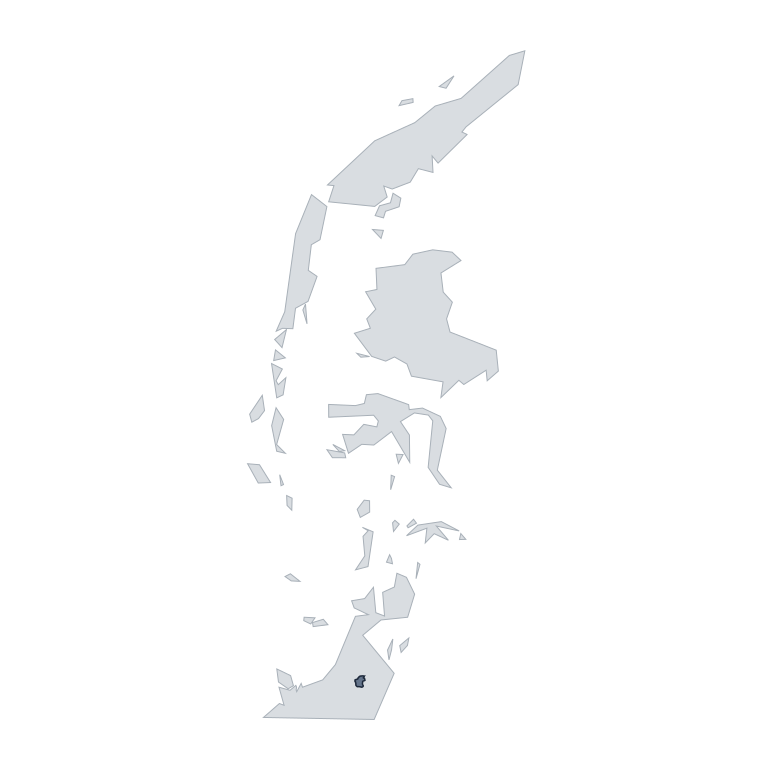 Tolikara, Papua, Indonesia shown in context, rotated 91°
{"feature_id": "22746128B10432975654062", "entity_name": "Tolikara", "entity_type": "district", "adm_level": 2, "iso_a3": "IDN", "parent_name": "Indonesia", "parent_adm1": "Papua", "projection": "natural_earth1", "projection_center": [138.342, -3.489], "detail": "fine", "context": "in_parent", "style": "filled", "palette": "slate", "viewbox_px": 768, "rotation_deg": 91, "n_neighbors": 0, "source": "geoboundaries", "source_scale": "gbopen_adm2", "svg_char_len": 5538}
<svg xmlns="http://www.w3.org/2000/svg" viewBox="0 0 768 768"><g transform="rotate(91 384 384)"><path d="M259.2,309.2L272.0,329.0L291.1,326.4L301.0,317.1L317.8,322.6L330.9,318.9L348.2,272.4L369.1,269.9L379.0,280.9L368.4,282.1L383.1,304.2L379.0,309.2L396.6,326.9L380.8,325.0L375.7,356.7L363.6,361.4L356.8,374.0L361.1,382.7L356.6,396.8L333.8,414.5L328.5,398.6L319.2,402.4L309.3,393.5L292.1,404.0L289.6,392.7L268.5,394.0L264.3,365.3L253.7,357.4L249.0,337.6L251.0,318.2L259.2,309.2ZM48.4,249.0L82.3,255.1L125.4,306.4L130.7,310.5L133.1,305.3L162.2,333.8L155.1,339.9L171.6,338.7L168.1,353.4L181.7,361.3L188.9,379.2L186.1,387.7L197.0,384.1L206.6,396.4L202.8,442.5L186.5,437.5L186.0,444.0L141.0,397.5L122.1,357.7L105.2,337.7L97.1,311.9L53.3,264.4L48.4,249.0ZM719.6,388.0L719.5,498.7L705.3,483.0L707.0,478.3L689.0,483.7L691.9,472.6L686.9,466.9L688.6,466.1L691.5,466.5L693.2,465.9L684.8,461.6L688.6,460.2L680.9,440.1L665.4,427.7L616.8,408.5L614.9,395.6L608.4,409.9L601.3,412.6L598.9,399.6L587.4,391.0L612.8,388.2L616.0,379.4L592.3,381.7L586.8,370.1L573.0,367.8L576.9,358.2L593.6,349.7L616.8,356.3L620.0,382.9L635.6,400.9L673.1,368.8L719.6,388.0ZM483.3,326.7L466.6,338.4L420.0,334.6L414.3,339.1L412.4,353.1L421.3,366.9L434.6,357.7L461.9,356.9L431.4,375.6L445.2,393.1L444.7,405.2L453.9,418.3L435.1,424.5L435.4,413.2L424.7,403.5L427.0,390.4L421.1,389.0L415.4,393.8L418.2,438.7L405.4,439.0L406.1,412.2L403.8,403.3L395.0,401.4L393.7,389.9L404.2,359.0L409.2,358.3L407.4,345.1L415.4,327.1L427.4,321.1L469.2,329.2L486.6,315.0L483.3,326.7ZM207.6,444.2L240.8,450.5L246.0,459.1L271.7,461.7L277.6,452.8L302.7,461.4L309.8,473.8L330.3,476.1L330.1,486.5L333.1,492.7L313.5,484.5L235.2,475.0L195.9,459.8L207.6,444.2ZM525.1,329.2L539.1,316.9L532.8,331.2L542.2,340.0L527.4,338.6L535.3,358.8L524.5,347.7L520.6,324.3L529.6,306.3L525.1,329.2ZM532.0,392.3L566.8,396.8L570.3,409.2L556.2,400.2L536.7,402.3L531.0,397.3L527.7,403.1L532.0,392.3ZM453.1,490.1L427.6,495.6L409.6,491.5L421.2,483.7L446.4,490.3L455.0,481.4L453.1,490.1ZM379.4,482.2L396.6,484.7L399.7,491.0L365.5,496.8L370.8,485.9L382.7,492.0L386.5,489.7L379.4,482.2ZM484.5,495.7L485.2,508.0L466.1,519.0L466.9,507.1L484.5,495.7ZM206.5,372.0L211.3,385.5L217.9,387.4L215.8,395.8L205.9,391.6L202.7,380.7L193.1,378.3L197.9,370.4L206.5,372.0ZM683.8,484.3L670.8,486.2L677.2,472.3L687.2,469.3L690.4,474.5L683.8,484.3ZM412.7,503.0L420.8,508.9L424.5,515.5L416.5,517.8L397.4,505.5L412.7,503.0ZM512.3,396.1L517.8,405.4L509.8,408.6L500.5,401.8L501.0,396.4L512.3,396.1ZM331.3,482.5L349.4,486.6L341.4,494.1L331.3,482.5ZM359.6,483.1L362.5,494.7L351.8,493.1L359.6,483.1ZM238.5,389.5L229.7,398.2L230.4,387.3L238.5,389.5ZM625.6,435.9L627.8,450.6L623.8,451.3L620.3,440.6L625.6,435.9ZM325.2,462.0L311.4,466.4L305.5,463.9L325.2,462.0ZM458.4,421.0L458.6,434.3L450.7,439.9L453.6,422.1L458.4,421.0ZM74.7,319.4L87.2,327.1L85.6,334.0L74.7,319.4ZM105.4,373.8L100.4,371.0L98.2,360.1L101.9,359.8L105.4,373.8ZM578.2,479.6L575.4,474.3L582.8,464.6L582.5,473.3L578.2,479.6ZM563.7,344.9L578.1,348.6L561.9,347.2L563.7,344.9ZM476.4,371.8L489.6,375.5L475.1,375.2L476.4,371.8ZM452.3,427.5L445.3,434.1L451.4,422.1L452.3,427.5ZM637.5,354.7L645.0,356.0L652.1,362.2L645.3,363.7L637.5,354.7ZM511.8,474.0L507.1,478.8L497.2,479.4L499.8,473.9L511.8,474.0ZM625.2,453.1L622.0,460.1L618.6,459.8L619.0,448.9L625.2,453.1ZM531.3,371.9L522.6,373.0L520.1,370.7L523.8,366.3L531.3,371.9ZM638.8,370.7L649.5,371.8L659.7,374.2L649.9,375.8L638.8,370.7ZM454.2,363.7L463.1,368.2L454.0,370.6L454.2,363.7ZM538.2,305.8L532.2,304.6L537.9,299.5L538.2,305.8ZM476.5,486.7L486.3,482.7L487.5,485.2L476.5,486.7ZM563.6,372.4L562.1,378.4L554.6,375.4L558.3,373.5L563.6,372.4ZM357.6,407.6L353.8,411.7L356.8,398.9L357.6,407.6ZM522.6,349.1L527.3,357.4L525.5,358.6L518.7,352.1L522.6,349.1Z" fill="#d9dde1" stroke="#a8b0b8" stroke-width="1"/><path d="M684.9,406.9L685.2,406.9L685.3,406.9L685.5,406.9L685.6,406.7L685.8,406.6L686.0,406.6L686.3,406.4L686.5,406.2L686.7,405.9L686.8,405.8L687.0,405.6L687.1,405.1L687.1,404.7L687.0,404.2L687.1,403.4L687.1,403.2L687.1,402.8L687.1,402.6L687.2,402.3L687.4,401.8L687.5,401.5L687.5,401.3L687.4,401.2L687.4,400.9L687.5,400.7L687.1,400.0L686.7,399.6L686.4,399.5L686.0,399.5L685.4,399.9L684.9,400.1L684.4,400.3L684.2,400.4L683.9,400.3L683.6,400.3L683.3,400.3L682.9,400.2L682.5,400.2L682.2,400.2L681.9,400.2L681.7,400.1L681.4,399.7L681.2,399.2L681.0,398.5L680.9,398.3L680.7,397.9L680.3,398.0L680.0,398.0L679.9,398.0L679.4,398.1L679.1,398.2L679.0,398.3L678.5,398.5L678.4,398.8L678.4,399.1L678.3,399.4L678.2,399.4L678.1,399.5L677.9,399.4L677.7,399.2L677.4,399.1L677.2,399.1L676.9,399.0L676.9,398.8L676.8,398.7L676.6,398.7L676.5,398.8L676.4,398.7L676.4,398.9L676.4,399.0L676.5,399.1L676.4,399.4L676.2,399.6L676.2,399.9L676.2,400.3L676.2,400.7L676.2,400.8L676.2,401.0L676.3,401.1L676.4,401.4L676.4,401.5L676.4,401.8L676.4,402.0L676.4,402.3L676.5,402.5L676.5,402.9L676.6,403.0L676.8,403.0L677.0,403.2L677.0,403.5L677.2,403.8L677.3,403.9L677.4,404.0L677.5,404.1L677.8,404.2L677.9,404.3L678.0,404.3L678.2,404.5L678.3,404.6L678.4,404.8L678.6,405.0L678.8,405.0L679.0,405.0L679.4,405.1L679.5,405.3L679.6,405.6L679.7,405.8L679.7,406.0L679.8,406.2L679.8,406.3L679.8,406.5L680.0,406.7L680.0,406.8L680.0,407.0L680.2,407.3L680.3,407.5L680.4,407.8L680.6,407.8L680.8,407.8L681.0,407.8L681.4,407.9L681.5,407.9L681.8,407.8L681.8,407.7L681.9,407.4L682.0,407.4L682.1,407.5L682.3,407.4L682.5,407.4L682.8,407.3L683.0,407.2L683.3,407.0L683.5,406.9L683.8,406.9L684.1,406.9L684.2,407.0L684.6,406.9L684.8,406.9L684.9,406.9Z" fill="#64748b" stroke="#1e293b" stroke-width="1.5"/></g></svg>